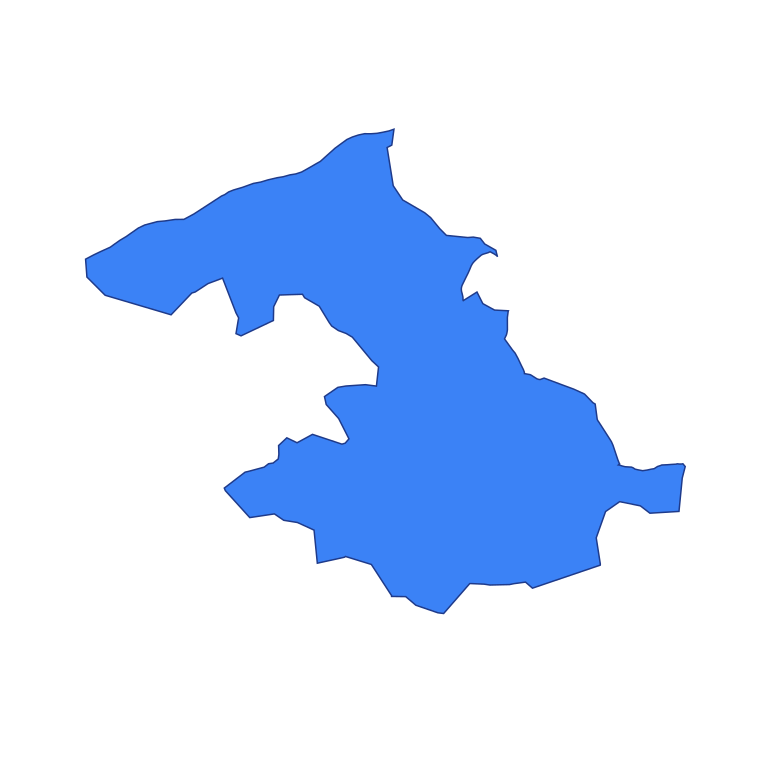 Isiala-Ngwa South, Abia, Nigeria (Robinson projection), rotated 53°
{"feature_id": "59680162B80116312922204", "entity_name": "Isiala-Ngwa South", "entity_type": "district", "adm_level": 2, "iso_a3": "NGA", "parent_name": "Nigeria", "parent_adm1": "Abia", "projection": "robinson", "projection_center": [7.387, 5.279], "detail": "fine", "context": "isolated", "style": "filled", "palette": "blue", "viewbox_px": 768, "rotation_deg": 53, "n_neighbors": 0, "source": "geoboundaries", "source_scale": "gbopen_adm2", "svg_char_len": 3134}
<svg xmlns="http://www.w3.org/2000/svg" viewBox="0 0 768 768"><g transform="rotate(53 384 384)"><path d="M119.8,556.9L145.3,553.3L193.0,518.0L200.6,512.4L195.7,482.7L196.9,479.4L197.9,464.1L202.3,449.2L238.1,459.4L243.7,460.3L244.7,461.3L245.0,461.7L254.7,471.9L259.5,469.2L266.7,434.1L255.9,425.6L250.0,414.0L256.5,404.7L263.3,395.1L267.3,395.5L282.9,388.9L302.2,390.8L302.9,390.8L306.2,390.9L313.8,388.3L320.9,383.8L327.5,381.1L358.1,379.7L367.1,378.1L381.1,391.3L373.4,399.2L362.7,415.6L358.9,422.9L358.2,439.1L365.6,442.5L384.3,441.0L406.7,445.0L407.9,450.6L406.7,453.8L381.2,471.4L378.6,488.8L368.5,494.0L369.7,505.2L376.8,510.2L380.2,513.5L380.4,520.1L378.2,524.2L378.3,529.7L372.1,545.1L370.8,548.0L371.0,574.2L373.7,574.9L409.9,571.6L414.8,562.6L421.8,549.7L432.5,546.1L442.5,536.5L458.6,527.8L487.0,545.1L490.7,537.0L495.4,526.8L498.2,520.6L498.6,519.6L498.5,518.6L520.5,502.7L557.5,505.3L558.2,505.8L566.9,494.6L579.9,491.7L599.1,478.7L603.2,474.5L595.0,435.7L595.7,434.7L604.1,424.5L608.3,420.4L613.8,412.7L619.4,404.9L619.6,404.7L621.7,400.3L627.4,390.2L636.4,388.3L658.8,320.3L658.0,319.6L634.6,307.1L619.2,283.8L619.8,266.6L635.6,252.6L647.2,249.4L663.3,225.1L638.6,202.4L631.2,193.1L627.6,193.3L627.1,194.3L625.9,196.0L624.1,198.0L623.9,198.8L621.1,203.0L618.8,206.6L617.5,208.5L615.8,211.0L615.6,212.0L614.5,215.2L614.2,219.2L612.7,222.1L611.1,225.6L608.9,229.6L605.5,232.7L603.1,234.7L600.8,235.5L599.3,236.4L595.2,241.2L593.0,243.0L590.4,244.8L589.7,245.5L589.6,243.9L589.1,243.9L585.1,242.8L574.4,239.2L570.8,238.0L567.0,237.1L563.6,236.8L550.1,235.8L543.1,235.3L542.0,235.3L541.0,235.1L540.4,234.9L527.1,227.4L524.7,228.4L522.4,228.7L512.7,229.9L502.2,235.6L491.0,242.8L475.6,252.6L474.4,256.6L473.6,257.5L472.2,258.6L470.2,259.4L465.6,261.1L464.4,261.7L460.2,265.6L459.0,264.8L456.3,264.0L452.0,263.2L444.2,261.6L438.2,260.7L434.2,260.9L429.4,260.8L420.5,260.6L418.4,256.6L417.1,255.0L415.1,252.9L412.7,251.1L405.2,245.5L400.8,241.2L400.4,240.6L391.5,251.2L379.3,256.7L366.5,254.4L365.8,262.6L365.1,270.5L364.5,270.4L363.6,269.7L362.0,268.6L359.1,267.3L356.4,266.2L354.7,265.1L353.7,264.2L352.4,262.6L351.2,260.3L348.5,255.0L346.0,250.0L344.4,247.1L342.1,243.2L341.1,240.9L340.7,239.4L340.4,237.8L340.0,234.5L339.6,228.7L339.9,227.0L340.5,225.3L341.8,221.8L342.2,219.7L346.3,217.8L349.4,216.7L350.7,216.8L346.8,215.2L344.6,214.2L332.8,219.3L325.6,219.4L320.4,224.3L317.4,229.0L302.9,244.7L300.8,245.0L293.5,246.0L279.4,246.6L271.9,248.4L248.3,258.3L231.2,257.3L197.0,239.2L197.9,234.0L186.5,222.7L185.5,225.8L184.9,227.7L182.2,233.5L179.6,238.7L176.3,243.8L172.4,248.9L169.7,254.7L167.7,260.6L166.4,266.5L166.3,273.1L166.2,281.1L167.3,294.0L167.9,300.8L167.9,301.0L167.2,306.1L166.5,312.0L165.1,322.3L163.1,328.1L160.4,333.2L158.9,337.0L157.8,339.8L155.1,344.9L151.2,353.7L148.5,361.0L145.2,367.6L141.8,378.6L138.5,387.4L137.1,392.5L136.9,397.2L136.1,400.6L133.8,433.5L132.1,444.7L126.8,451.9L122.0,460.7L117.9,467.3L113.0,479.4L111.6,486.3L111.3,494.5L111.1,501.1L110.3,508.5L110.1,515.1L110.0,520.3L107.7,530.6L106.2,538.0L104.7,547.2L119.8,556.9Z" fill="#3b82f6" stroke="#1e3a8a" stroke-width="1.5"/></g></svg>